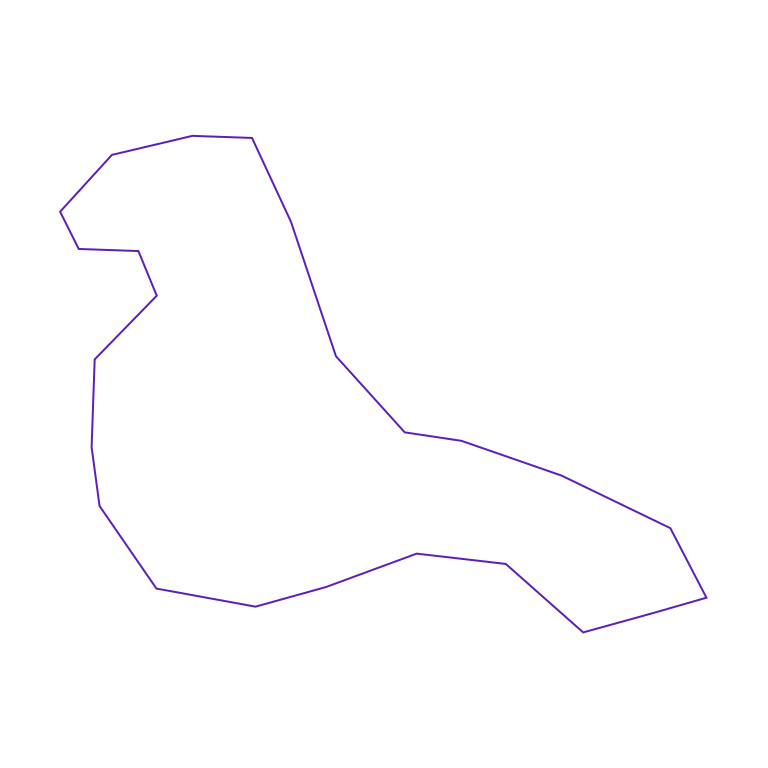 map outline of Obilić (orthographic projection), rotated 92°
{"feature_id": "KOS-5900", "entity_name": "Obilić", "entity_type": "District", "adm_level": 1, "iso_a3": "XKX", "parent_name": "Kosovo", "parent_adm1": "", "projection": "orthographic", "projection_center": [21.04, 42.71], "detail": "fine", "context": "isolated", "style": "outline", "palette": "violet", "viewbox_px": 768, "rotation_deg": 92, "n_neighbors": 0, "source": "natural_earth", "source_scale": "10m", "svg_char_len": 462}
<svg xmlns="http://www.w3.org/2000/svg" viewBox="0 0 768 768"><g transform="rotate(92 384 384)"><path d="M586.3,54.3L603.4,106.7L625.3,176.3L559.6,256.0L552.4,345.5L589.0,435.1L611.0,504.7L596.4,604.3L515.9,664.0L457.4,674.0L369.5,674.0L303.7,614.2L259.7,634.1L259.7,693.8L223.1,713.7L164.5,663.9L142.7,584.2L142.7,524.5L225.2,482.6L357.9,433.0L431.6,361.6L438.1,304.6L469.3,203.5L518.1,92.8L586.3,54.3Z" fill="none" stroke="#5b21b6" stroke-width="2"/></g></svg>